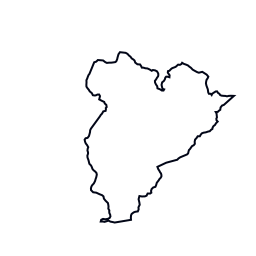 outline of Pirassununga, São Paulo, Brazil, rotated 308°
{"feature_id": "56859067B61484567456401", "entity_name": "Pirassununga", "entity_type": "district", "adm_level": 2, "iso_a3": "BRA", "parent_name": "Brazil", "parent_adm1": "São Paulo", "projection": "natural_earth1", "projection_center": [-47.38, -21.972], "detail": "fine", "context": "isolated", "style": "outline", "palette": "ink", "viewbox_px": 256, "rotation_deg": 308, "n_neighbors": 0, "source": "geoboundaries", "source_scale": "gbopen_adm2", "svg_char_len": 3544}
<svg xmlns="http://www.w3.org/2000/svg" viewBox="0 0 256 256"><g transform="rotate(308 128 128)"><path d="M212.7,130.5L211.3,130.7L209.7,130.0L208.8,128.5L207.2,128.2L205.5,127.9L204.0,127.0L202.4,126.0L200.9,125.6L198.6,125.4L197.4,124.5L196.1,125.3L195.2,128.3L193.5,129.4L192.9,127.8L192.0,126.5L190.7,126.4L189.0,127.1L187.1,127.3L185.0,126.8L182.6,127.9L181.1,129.8L180.1,131.1L180.7,132.7L179.4,132.9L178.4,131.7L178.2,129.4L177.4,126.8L178.9,125.3L179.5,123.3L180.5,121.3L181.7,120.2L183.6,120.2L185.6,119.9L187.2,119.9L188.4,119.3L189.6,118.2L190.5,116.0L190.1,113.9L189.0,111.9L187.7,111.5L187.4,108.8L186.9,106.7L185.7,104.8L185.1,103.1L184.1,101.7L184.8,100.4L185.5,98.4L184.0,96.2L184.0,93.4L185.2,91.6L185.3,90.1L185.1,88.1L185.7,86.1L185.7,84.2L186.1,82.0L185.8,79.9L184.4,77.6L182.8,75.0L180.2,75.1L178.5,75.8L177.0,76.4L175.6,77.1L173.3,77.7L172.1,77.4L170.7,76.1L169.1,74.5L168.2,73.3L167.3,72.3L166.3,71.3L165.9,69.6L165.9,66.8L164.4,64.5L163.0,62.4L160.7,62.1L159.0,60.9L146.9,64.3L145.4,64.3L143.3,64.9L141.9,65.4L140.1,65.8L138.3,67.3L136.4,68.6L135.0,69.8L134.4,71.6L134.0,73.5L133.3,75.3L133.2,78.1L132.2,80.1L132.9,81.4L133.8,82.5L135.5,83.3L136.6,84.6L135.9,86.3L132.8,87.7L133.3,90.6L133.9,93.2L133.0,94.6L132.9,96.6L131.4,98.3L130.1,98.2L129.1,99.1L127.7,99.8L125.9,98.3L123.2,98.7L121.6,98.5L119.9,98.7L104.6,99.2L102.9,99.6L101.4,100.6L99.8,101.3L97.6,102.2L95.3,102.2L93.8,100.9L92.1,101.0L90.7,102.7L89.8,104.3L89.4,106.1L88.4,108.5L86.8,109.0L85.2,110.0L84.3,111.4L83.2,112.3L81.2,113.0L79.8,114.3L78.3,116.7L76.0,119.6L75.7,122.0L74.8,123.8L73.9,125.1L73.5,126.8L73.5,128.9L73.2,130.7L72.1,132.1L70.7,132.8L69.4,133.4L68.1,133.8L65.9,134.7L63.3,135.2L60.7,135.0L59.4,135.2L57.7,135.9L56.3,137.1L55.9,140.1L57.5,142.8L58.3,146.3L59.1,149.0L59.0,150.8L57.5,152.5L56.9,155.0L56.5,158.4L55.2,159.9L54.1,161.0L52.3,162.2L51.6,164.0L50.4,164.8L49.4,165.8L48.8,167.2L47.5,168.6L45.8,168.9L43.9,168.0L42.0,166.2L41.0,164.3L39.2,163.4L37.5,164.1L38.8,165.7L39.6,167.3L41.0,168.3L43.0,169.6L43.4,171.8L44.5,173.9L45.3,175.7L57.5,186.9L58.9,185.6L61.0,184.2L62.5,183.8L64.9,184.4L66.3,185.2L67.3,186.1L68.3,187.1L70.4,186.5L71.9,185.1L73.1,184.8L74.7,184.5L76.4,182.7L78.4,180.2L80.2,179.4L81.4,178.9L82.6,181.1L84.5,183.4L86.1,184.3L88.4,183.8L90.0,185.8L91.4,186.2L92.6,184.9L94.5,184.2L96.7,184.5L98.5,185.8L100.4,185.3L102.6,184.4L105.7,184.4L107.2,184.2L108.7,184.4L110.3,184.2L111.5,183.3L112.5,182.0L112.9,180.5L113.6,179.0L114.2,177.2L115.5,175.1L124.2,179.5L133.4,186.4L135.0,186.5L137.1,187.2L143.5,190.8L145.0,191.0L146.7,190.2L148.1,189.6L149.5,189.8L151.1,189.7L153.1,189.6L154.9,190.4L156.7,190.4L158.2,189.0L160.2,188.0L162.3,188.2L164.4,188.0L165.7,189.7L167.6,189.4L169.3,189.5L170.8,190.4L172.5,192.0L174.5,193.3L175.8,194.4L177.9,194.6L179.1,195.1L180.5,194.4L182.2,194.2L184.1,194.7L185.8,194.4L188.3,194.7L188.6,193.0L189.7,191.9L191.2,191.5L192.3,190.4L193.9,188.9L194.6,187.3L195.9,188.8L197.6,189.0L199.1,189.5L201.2,188.3L203.6,188.3L205.2,189.3L218.5,191.7L216.8,189.3L215.3,187.6L213.9,186.5L213.3,185.1L212.3,183.7L211.1,181.8L210.7,180.4L211.2,179.0L211.1,177.2L211.7,175.7L210.8,174.6L209.6,174.2L208.3,173.7L206.8,173.3L205.5,173.6L205.9,172.1L204.8,170.8L205.3,169.5L206.6,168.1L207.6,167.1L209.7,163.7L211.2,161.9L212.9,160.9L214.5,160.2L216.0,160.2L217.9,159.7L218.5,157.1L218.2,154.1L218.0,152.0L216.5,150.8L215.2,149.8L214.6,148.1L214.2,145.7L213.8,143.0L214.2,140.5L214.1,138.6L214.2,136.6L213.6,134.5L212.9,132.5L212.7,130.5Z" fill="none" stroke="#020617" stroke-width="2"/></g></svg>